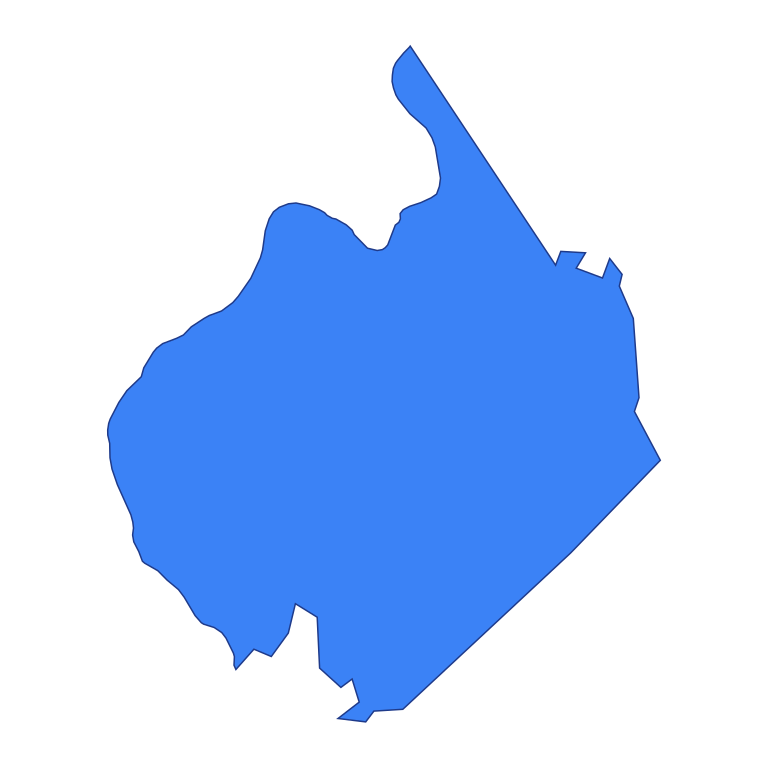 Union, Kentucky, United States of America
{"feature_id": "52423323B17391793858856", "entity_name": "Union", "entity_type": "district", "adm_level": 2, "iso_a3": "USA", "parent_name": "United States of America", "parent_adm1": "Kentucky", "projection": "robinson", "projection_center": [-88.002, 37.687], "detail": "fine", "context": "isolated", "style": "filled", "palette": "blue", "viewbox_px": 768, "rotation_deg": 0, "n_neighbors": 0, "source": "geoboundaries", "source_scale": "gbopen_adm2", "svg_char_len": 1573}
<svg xmlns="http://www.w3.org/2000/svg" viewBox="0 0 768 768"><path d="M235.9,669.5L253.9,649.2L271.3,656.5L288.3,633.1L295.4,603.7L317.2,617.2L319.6,668.1L340.9,687.4L352.1,679.0L359.2,702.1L338.0,718.5L365.7,721.9L373.9,711.1L402.8,709.3L570.7,552.9L660.3,460.3L634.4,411.5L639.0,397.7L633.3,318.4L619.3,286.1L622.1,274.4L609.7,258.5L602.5,278.0L576.2,268.2L585.5,252.8L560.8,251.4L555.6,265.2L410.2,46.1L409.3,47.3L403.7,53.0L397.6,60.4L395.6,63.2L393.4,68.2L392.4,75.0L392.1,81.5L393.5,88.0L395.9,94.9L398.4,99.2L409.9,113.7L426.1,128.0L432.0,137.8L435.3,146.9L440.5,178.1L439.4,186.4L436.6,194.1L431.0,197.9L420.6,202.7L409.7,206.3L403.2,209.7L400.1,213.6L400.4,218.9L398.9,222.3L395.3,225.1L387.7,245.0L385.1,247.8L382.4,249.6L377.2,250.5L367.5,248.2L354.2,234.6L352.2,230.2L346.3,224.9L335.9,219.0L332.3,218.3L327.1,215.4L324.6,212.7L319.4,209.7L309.5,205.8L296.0,203.0L288.4,203.8L279.3,207.3L273.5,211.8L269.2,218.8L265.3,230.7L262.6,250.0L260.4,257.8L250.8,278.3L238.3,296.3L232.8,302.6L221.5,311.0L209.3,315.5L204.1,318.4L191.3,326.8L183.4,335.0L176.6,338.3L162.7,343.6L156.7,348.1L153.3,352.2L143.8,367.8L141.3,376.7L126.8,390.7L118.8,402.5L110.2,419.1L108.7,423.4L107.7,430.0L107.8,435.2L109.7,443.4L110.0,457.8L112.0,469.0L117.4,484.7L130.9,514.8L132.8,522.0L133.5,528.1L132.6,535.0L133.8,541.9L138.8,551.6L142.4,561.2L144.7,563.2L157.8,570.7L167.1,580.1L178.5,589.6L184.2,597.2L195.1,615.6L201.3,622.7L203.7,624.2L214.2,627.5L221.8,632.6L226.0,638.1L233.4,653.1L234.4,656.6L234.0,665.2L235.9,669.5Z" fill="#3b82f6" stroke="#1e3a8a" stroke-width="1.5"/></svg>